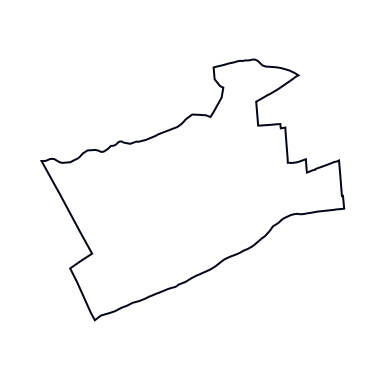 Mburucuyá, Corrientes, Argentina, rotated 7°
{"feature_id": "61730980B72186775994784", "entity_name": "Mburucuyá", "entity_type": "district", "adm_level": 2, "iso_a3": "ARG", "parent_name": "Argentina", "parent_adm1": "Corrientes", "projection": "robinson", "projection_center": [-58.145, -28.012], "detail": "fine", "context": "isolated", "style": "outline", "palette": "ink", "viewbox_px": 384, "rotation_deg": 7, "n_neighbors": 0, "source": "geoboundaries", "source_scale": "gbopen_adm2", "svg_char_len": 2510}
<svg xmlns="http://www.w3.org/2000/svg" viewBox="0 0 384 384"><g transform="rotate(7 192 192)"><path d="M345.1,190.0L342.3,177.4L341.3,177.7L336.0,151.8L334.1,142.8L332.2,144.0L329.3,145.0L327.8,145.9L321.6,149.2L311.8,154.1L311.6,154.8L309.0,155.8L305.9,157.6L303.8,158.7L303.2,156.6L301.0,145.6L297.1,147.6L294.1,149.1L291.7,150.0L287.0,151.1L284.5,151.2L283.5,151.3L283.0,148.0L281.8,142.0L279.6,131.2L277.6,121.2L276.8,116.7L272.4,118.0L271.6,114.8L271.4,113.8L267.6,114.5L265.0,115.1L260.2,116.1L249.6,118.1L244.7,94.6L247.5,92.5L255.7,86.3L257.1,85.5L264.9,79.5L277.9,68.0L280.6,65.3L283.4,63.2L279.9,61.6L278.1,60.9L275.0,59.9L274.2,59.6L271.4,59.1L268.2,58.6L265.2,58.1L262.0,58.0L261.0,58.0L259.0,58.0L257.4,58.1L253.4,58.3L249.8,58.5L246.3,57.7L243.9,55.8L241.6,54.0L238.8,52.9L235.9,53.2L233.3,54.2L229.5,54.9L228.6,55.0L225.9,55.9L224.0,55.9L221.3,56.7L218.3,58.1L213.5,59.7L207.4,62.3L201.1,64.6L198.3,65.7L200.7,77.3L202.1,78.7L207.0,83.5L210.4,84.6L209.9,94.8L206.5,103.0L204.0,109.3L201.2,115.3L196.1,114.1L194.7,114.3L190.2,114.5L182.8,115.1L177.0,120.6L174.8,123.9L174.0,124.9L173.4,125.6L171.9,127.1L169.5,129.3L154.8,137.1L150.7,139.4L150.1,139.9L149.1,140.7L139.7,146.0L133.0,148.6L130.6,148.8L124.8,151.7L118.4,151.3L115.7,150.4L114.0,150.8L112.6,151.8L111.5,153.4L109.8,154.9L108.0,155.8L106.0,156.1L104.5,158.0L102.9,159.8L99.5,162.7L97.1,163.3L94.2,162.4L91.0,162.0L83.2,163.5L78.8,167.2L76.6,170.5L75.0,172.3L70.9,175.0L67.6,177.3L59.8,178.9L57.1,178.6L53.7,177.2L51.0,176.0L48.9,176.2L46.8,176.7L43.2,178.9L38.9,179.6L56.9,204.5L59.6,208.1L85.7,245.1L100.4,265.4L90.9,273.3L80.4,282.7L88.9,295.4L106.0,323.7L111.2,331.1L116.7,325.7L123.3,322.9L126.2,321.6L130.1,319.7L135.8,315.7L141.3,312.8L146.7,309.2L152.9,306.7L158.5,303.6L162.6,300.9L164.9,299.7L168.9,297.3L171.6,296.0L174.6,294.3L178.8,291.9L182.4,290.1L184.9,289.1L186.7,288.4L188.4,287.3L189.8,285.7L194.2,283.3L196.0,282.4L198.2,280.7L201.9,277.7L206.1,274.8L210.1,272.5L212.5,271.0L216.7,268.5L219.0,267.1L221.0,265.6L224.0,263.2L228.2,259.0L230.3,256.9L232.5,254.9L235.7,252.8L239.4,250.7L243.1,248.8L247.0,246.5L250.4,243.9L254.2,241.8L258.2,238.9L260.3,236.9L264.7,232.1L266.9,229.6L269.6,227.2L271.6,224.4L274.0,221.0L276.5,216.3L279.3,214.0L281.9,211.8L284.5,208.6L286.3,207.0L288.6,205.5L291.2,203.9L293.3,202.6L297.1,201.3L299.3,200.8L301.9,200.9L304.5,200.5L307.7,199.6L309.2,199.0L310.9,198.7L318.9,196.2L334.7,192.5L337.4,191.7L341.7,190.8L345.1,190.0Z" fill="none" stroke="#020617" stroke-width="2"/></g></svg>